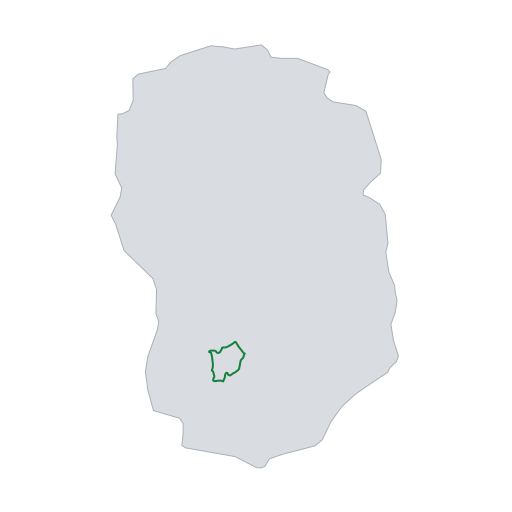 Konče on a map of North Macedonia (Robinson projection), rotated 96°
{"feature_id": "MKD-2932", "entity_name": "Konče", "entity_type": "Statistical Region", "adm_level": 1, "iso_a3": "MKD", "parent_name": "North Macedonia", "parent_adm1": "", "projection": "robinson", "projection_center": [22.386, 41.511], "detail": "coarse", "context": "in_parent", "style": "outline", "palette": "green", "viewbox_px": 512, "rotation_deg": 96, "n_neighbors": 0, "source": "natural_earth", "source_scale": "10m", "svg_char_len": 1779}
<svg xmlns="http://www.w3.org/2000/svg" viewBox="0 0 512 512"><g transform="rotate(96 256 256)"><path d="M229.5,126.2L238.6,127.3L258.5,122.1L270.9,115.0L277.2,113.9L285.6,111.1L297.6,111.6L309.8,114.7L325.3,110.6L340.6,103.9L346.7,105.5L353.3,111.2L357.7,112.8L383.0,142.8L396.9,155.0L413.2,164.2L431.9,170.9L438.6,177.4L450.6,209.4L456.3,221.5L464.3,225.1L466.2,228.6L466.5,233.2L457.7,255.7L454.2,306.0L452.0,310.0L442.6,309.8L430.2,310.9L425.4,314.8L420.5,341.8L400.5,349.6L382.3,353.9L367.0,353.0L340.1,346.5L331.3,345.8L323.8,349.5L299.8,351.4L289.2,356.2L264.4,387.8L239.2,398.8L230.6,404.3L211.5,397.3L202.3,396.6L189.0,404.7L159.8,405.5L152.0,406.9L129.5,408.1L128.6,403.8L124.5,397.4L114.1,394.4L92.7,397.0L87.5,392.3L78.9,365.4L72.1,361.1L64.5,352.1L51.7,322.9L51.5,310.1L52.4,298.9L45.5,272.7L50.0,266.1L56.7,261.9L56.8,251.4L55.1,235.3L63.3,203.9L65.4,201.6L67.4,203.1L86.6,205.6L91.5,201.6L94.7,195.4L95.9,172.4L100.5,161.8L146.9,141.6L160.5,140.8L170.9,150.1L179.1,156.0L184.1,155.9L185.9,149.9L191.6,138.4L201.1,131.8L229.2,126.2L229.5,126.2Z" fill="#d9dde1" stroke="#a8b0b8" stroke-width="1"/><path d="M350.4,279.1L350.1,276.6L349.3,275.0L346.7,271.2L343.7,268.0L343.8,267.0L347.8,264.0L353.6,258.3L354.3,257.1L355.9,257.7L358.5,258.1L361.3,260.3L370.0,261.0L371.4,262.0L373.7,264.3L375.2,266.6L377.4,269.1L377.4,270.3L377.0,271.2L375.4,272.2L375.3,273.3L376.2,273.9L377.7,274.3L379.9,274.3L384.0,275.5L383.7,276.9L383.8,280.1L384.8,283.7L384.6,285.1L383.8,285.7L381.9,285.4L381.0,284.9L379.9,284.9L375.6,286.5L374.4,287.9L371.4,287.4L368.4,287.5L361.1,289.1L357.1,290.5L356.3,292.5L355.6,292.5L354.9,291.5L354.4,287.5L354.7,286.2L356.1,285.0L356.4,283.5L355.7,282.0L352.4,280.4L350.9,280.2L350.4,279.1Z" fill="none" stroke="#15803d" stroke-width="2"/></g></svg>